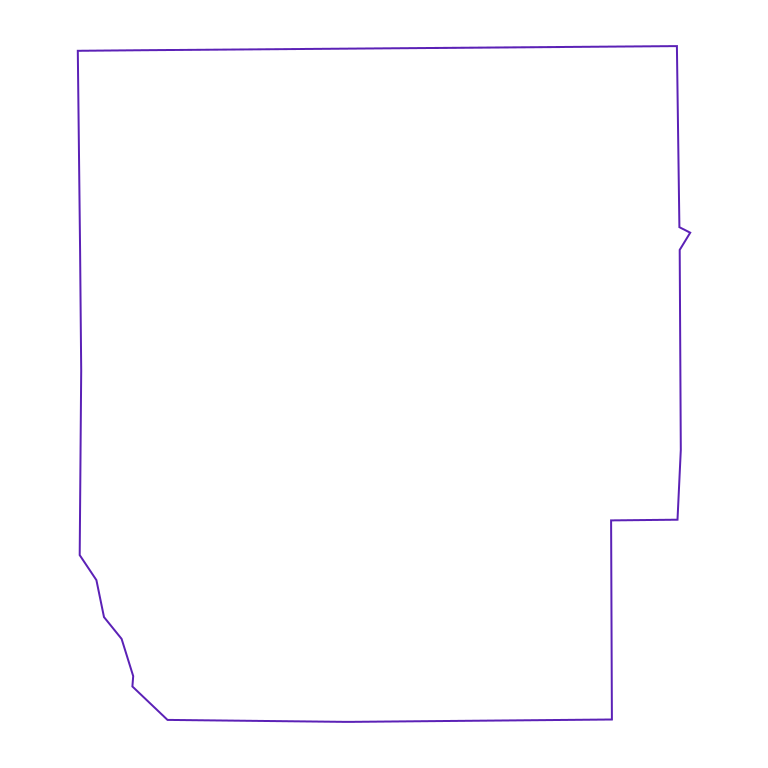 outline of Butler, Alabama, United States of America
{"feature_id": "52423323B96631758595189", "entity_name": "Butler", "entity_type": "district", "adm_level": 2, "iso_a3": "USA", "parent_name": "United States of America", "parent_adm1": "Alabama", "projection": "orthographic", "projection_center": [-86.714, 31.744], "detail": "fine", "context": "isolated", "style": "outline", "palette": "violet", "viewbox_px": 768, "rotation_deg": 0, "n_neighbors": 0, "source": "geoboundaries", "source_scale": "gbopen_adm2", "svg_char_len": 370}
<svg xmlns="http://www.w3.org/2000/svg" viewBox="0 0 768 768"><path d="M81.2,370.6L79.7,555.1L96.4,580.1L104.0,617.1L121.6,638.9L133.2,676.1L132.4,686.5L167.5,719.9L347.6,721.9L611.9,719.5L611.1,520.4L677.5,519.7L680.8,449.9L679.7,249.9L690.2,232.7L679.4,227.2L676.9,46.1L144.6,50.2L77.8,50.8L80.1,251.7L81.2,370.6Z" fill="none" stroke="#5b21b6" stroke-width="2"/></svg>